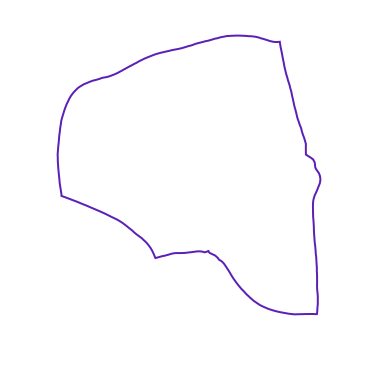 outline of Al Qatn, Hadramawt, Yemen, rotated 348°
{"feature_id": "15242507B78643865459873", "entity_name": "Al Qatn", "entity_type": "district", "adm_level": 2, "iso_a3": "YEM", "parent_name": "Yemen", "parent_adm1": "Hadramawt", "projection": "robinson", "projection_center": [48.348, 15.912], "detail": "fine", "context": "isolated", "style": "outline", "palette": "violet", "viewbox_px": 384, "rotation_deg": 348, "n_neighbors": 0, "source": "geoboundaries", "source_scale": "gbopen_adm2", "svg_char_len": 4803}
<svg xmlns="http://www.w3.org/2000/svg" viewBox="0 0 384 384"><g transform="rotate(348 192 192)"><path d="M207.0,49.2L204.1,49.1L200.8,49.1L199.1,49.2L196.7,49.2L192.4,49.3L190.6,49.3L188.4,49.4L184.8,49.7L183.2,49.9L181.5,50.2L177.9,50.8L174.0,51.5L170.2,52.4L167.2,53.2L164.5,54.1L162.1,54.7L161.1,55.0L157.8,56.0L157.2,56.1L153.2,57.3L150.5,58.1L147.7,59.0L146.9,59.2L143.9,60.1L140.7,60.8L137.6,61.3L134.9,61.7L133.9,61.8L131.9,61.8L131.1,61.8L129.4,61.7L127.9,61.7L127.2,61.8L124.0,62.2L121.1,62.4L118.0,62.5L116.6,62.7L115.1,62.9L112.1,63.5L111.6,63.6L108.6,64.1L107.2,64.6L105.8,65.1L104.3,65.6L102.4,66.4L99.9,67.9L98.6,68.8L97.1,69.8L94.0,72.4L91.9,74.6L90.0,77.0L89.7,77.5L87.7,79.9L87.2,80.7L85.9,82.7L84.4,85.1L84.2,85.4L82.4,88.7L80.7,91.7L78.9,95.2L77.9,98.1L76.5,101.7L75.0,106.2L73.8,109.5L72.7,113.3L71.5,117.1L70.9,118.8L70.3,120.8L69.3,124.2L68.4,127.2L68.1,129.1L67.8,130.7L67.0,134.8L66.6,138.0L66.5,138.3L66.1,141.1L65.6,145.7L65.2,149.2L65.0,151.5L64.4,156.0L64.2,160.1L64.0,163.8L63.8,167.5L63.5,168.7L66.6,170.6L67.8,171.4L69.7,172.6L71.0,173.4L72.6,174.5L75.2,176.1L75.8,176.5L79.1,178.7L82.4,181.0L85.9,183.3L87.3,184.3L88.9,185.5L90.4,186.5L91.5,187.3L92.7,188.1L94.2,189.2L96.5,190.8L97.1,191.2L100.5,193.7L103.1,195.6L105.7,197.7L108.3,199.8L111.1,201.9L113.1,203.5L113.5,203.8L113.8,204.1L115.9,206.1L117.9,208.1L120.2,210.8L120.3,210.9L122.8,214.0L123.8,215.2L125.4,217.1L127.2,219.7L128.4,221.2L129.6,222.7L130.6,223.7L131.6,224.9L132.6,226.0L133.6,227.2L134.4,228.5L135.6,230.1L137.3,232.7L137.8,233.8L138.6,235.3L139.9,238.3L140.9,241.4L141.2,242.7L141.6,244.4L142.2,247.6L142.3,248.2L142.5,249.0L143.0,249.0L146.2,248.8L149.0,248.6L152.8,248.6L156.1,248.4L159.6,248.1L161.3,248.2L162.4,248.2L165.1,248.7L168.9,249.5L171.2,249.9L172.0,250.1L174.8,250.3L175.4,250.4L178.2,250.6L178.3,250.7L181.1,250.9L184.2,251.1L187.2,251.6L190.0,252.6L190.9,253.1L191.7,253.6L192.1,253.6L193.2,253.6L193.6,253.5L194.3,253.4L194.9,253.3L195.3,253.2L195.6,253.1L195.8,253.1L195.8,253.4L195.8,253.6L195.8,253.9L195.9,254.1L196.3,254.7L196.8,255.4L197.2,255.7L201.5,259.0L203.5,261.8L204.4,263.9L206.7,266.0L208.3,268.6L208.9,270.0L209.7,271.9L211.0,275.3L211.2,275.8L212.4,279.1L212.9,280.8L213.3,282.0L214.2,284.3L214.7,285.7L215.3,287.0L216.4,289.6L218.3,293.5L220.0,296.7L220.3,297.2L222.4,300.5L223.2,302.0L224.0,303.3L224.7,304.3L225.7,305.7L226.1,306.2L226.4,306.8L227.8,308.7L229.9,311.5L231.2,312.8L233.0,314.7L235.4,317.1L238.0,319.1L241.2,321.4L243.2,322.7L243.9,323.1L245.0,323.7L247.3,325.0L250.7,326.7L253.3,327.9L254.5,328.4L257.7,329.7L259.7,330.5L260.8,331.0L263.8,332.0L266.9,333.0L269.1,333.4L270.0,333.6L272.5,334.0L273.5,334.2L275.9,334.7L277.2,334.9L277.4,334.9L280.1,335.5L283.3,336.1L286.2,336.8L287.7,337.2L288.8,337.4L289.8,334.4L290.6,331.4L291.9,327.3L292.1,326.1L292.6,323.8L292.9,322.2L293.4,320.2L293.7,317.4L293.8,316.9L294.1,313.7L294.7,310.3L294.9,309.3L295.5,306.8L296.1,303.9L296.2,303.3L296.3,302.9L296.9,300.1L297.5,296.5L297.6,295.6L298.5,291.4L298.9,288.3L299.5,284.5L300.0,281.1L300.3,277.6L300.8,274.4L301.3,270.0L301.6,266.5L301.8,264.9L302.1,262.9L302.6,259.2L303.2,255.2L303.9,251.6L304.5,247.7L304.6,247.0L305.0,244.2L305.3,241.7L305.4,241.0L305.8,239.1L306.0,237.7L306.4,235.9L306.9,233.2L307.6,229.9L308.5,226.5L309.7,223.7L311.2,221.0L313.4,218.1L315.2,215.6L316.0,214.3L317.0,212.8L317.7,211.8L319.0,209.8L320.2,206.5L320.5,202.9L320.0,199.8L318.7,196.9L318.3,195.7L318.2,195.5L317.9,194.9L317.9,194.5L317.8,194.2L317.8,193.8L317.7,193.3L318.2,188.6L317.6,186.6L317.5,186.4L317.5,186.1L317.4,185.8L317.3,185.6L317.3,185.4L317.2,185.3L315.4,183.2L311.2,179.1L312.5,172.6L313.4,168.7L313.2,165.3L313.1,164.4L312.9,162.1L312.4,158.9L312.1,155.7L312.0,152.2L311.7,150.5L311.4,148.9L311.2,147.4L311.0,145.2L310.7,143.2L310.5,141.8L310.4,137.9L310.4,136.2L310.3,134.8L310.3,133.5L310.1,131.1L310.0,128.8L310.0,126.9L310.0,124.4L310.0,122.7L310.0,120.6L309.9,119.2L310.0,114.2L309.7,110.6L309.7,108.9L309.6,107.4L309.2,103.4L309.1,102.6L309.0,99.6L308.8,97.9L308.7,96.5L308.6,94.3L308.6,92.5L308.5,90.8L308.5,89.4L308.5,87.0L308.6,86.0L308.6,84.9L308.6,82.1L308.7,77.8L308.8,73.7L308.8,70.8L308.8,69.2L309.0,64.5L309.1,63.3L308.5,63.3L305.5,62.8L302.7,62.0L301.1,61.2L299.7,60.6L297.2,59.1L294.5,57.6L292.5,56.5L291.9,56.3L289.3,54.7L286.0,53.2L283.0,52.2L282.5,52.0L280.0,51.4L279.7,51.3L276.9,50.4L274.8,49.9L273.3,49.5L270.5,48.8L268.7,48.4L267.2,48.1L264.1,47.6L261.2,47.1L260.9,47.1L258.4,46.7L256.2,46.7L255.6,46.7L253.8,46.6L251.9,46.6L249.8,46.8L248.6,46.9L246.9,46.8L245.8,46.8L245.3,46.9L243.0,47.1L240.0,47.3L239.6,47.4L236.2,47.3L235.2,47.4L233.4,47.5L230.0,47.6L226.3,47.8L225.1,48.0L222.4,48.4L220.8,48.5L218.3,48.6L215.5,48.9L214.2,49.0L211.3,49.2L207.9,49.2L207.0,49.2Z" fill="none" stroke="#5b21b6" stroke-width="2"/></g></svg>